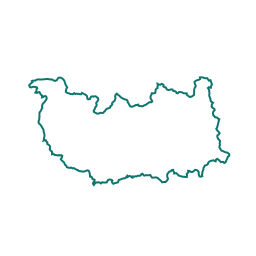 outline of Domingos Martins, Espírito Santo, Brazil, rotated 189°
{"feature_id": "56859067B46738246556776", "entity_name": "Domingos Martins", "entity_type": "district", "adm_level": 2, "iso_a3": "BRA", "parent_name": "Brazil", "parent_adm1": "Espírito Santo", "projection": "albers", "projection_center": [-40.844, -20.318], "detail": "fine", "context": "isolated", "style": "outline", "palette": "teal", "viewbox_px": 256, "rotation_deg": 189, "n_neighbors": 0, "source": "geoboundaries", "source_scale": "gbopen_adm2", "svg_char_len": 5809}
<svg xmlns="http://www.w3.org/2000/svg" viewBox="0 0 256 256"><g transform="rotate(189 128 128)"><path d="M23.7,116.3L23.8,117.9L24.7,118.5L26.0,119.2L27.7,119.3L28.7,119.4L29.6,119.8L30.8,120.0L32.5,120.5L34.7,123.1L34.8,124.4L34.5,125.7L35.1,127.3L35.0,128.4L35.1,129.7L36.2,130.5L37.1,131.3L38.0,132.4L38.5,133.7L38.5,134.8L37.4,135.7L36.7,137.2L37.5,138.0L39.5,139.6L40.7,141.0L40.0,142.3L40.0,143.5L39.6,146.6L39.6,148.0L39.5,149.5L39.2,151.0L40.4,151.3L41.5,152.2L42.9,152.2L43.9,152.4L44.6,153.3L45.6,153.7L46.1,155.0L46.5,156.8L46.1,157.9L45.2,159.1L45.7,160.4L47.4,161.1L48.8,162.1L48.8,163.3L48.8,164.5L48.0,166.3L49.9,167.0L50.9,168.2L51.0,169.4L52.7,172.3L53.0,174.0L53.0,175.5L53.6,176.8L53.6,177.9L54.4,178.9L55.3,180.0L54.5,181.0L53.6,180.8L52.5,180.7L52.5,182.6L51.9,184.1L52.4,185.1L53.1,186.3L54.0,188.1L55.5,187.4L57.5,189.6L58.7,189.3L60.0,189.2L61.2,189.5L62.4,189.6L63.8,189.5L64.9,189.2L64.5,187.6L65.8,186.6L67.5,185.9L68.7,185.0L69.5,183.9L69.0,182.3L67.9,180.7L67.6,179.6L68.2,178.7L68.5,177.6L68.6,176.2L68.5,174.8L68.2,173.2L68.0,171.0L68.9,170.1L70.1,168.9L72.0,168.3L75.1,170.0L75.5,171.4L77.0,171.2L78.4,171.0L80.0,171.6L81.7,171.7L83.4,171.4L84.4,170.0L85.4,170.1L86.4,171.3L87.7,171.7L89.2,171.8L90.0,172.9L91.5,172.9L92.9,172.1L94.4,171.9L95.4,172.0L96.3,173.0L97.0,174.0L98.5,174.0L99.6,174.6L99.5,176.0L100.9,176.7L101.9,176.8L102.6,175.9L104.1,175.7L105.7,176.3L105.3,175.0L105.3,173.7L105.1,172.2L106.1,171.3L106.6,170.0L106.6,166.9L107.8,166.3L110.0,166.0L110.0,164.7L110.5,163.5L110.7,162.1L110.2,160.6L109.0,159.3L108.2,158.0L109.1,157.0L110.2,157.1L111.4,156.3L112.4,155.4L113.5,154.2L114.4,153.5L115.6,152.9L116.9,151.7L118.0,151.7L119.3,151.5L120.9,151.6L121.6,152.7L122.8,152.1L123.9,151.9L125.0,151.0L126.5,150.1L127.9,149.5L129.3,149.8L131.6,152.8L132.4,153.4L132.6,154.7L133.7,155.6L135.2,155.7L137.5,156.2L138.8,156.9L140.1,157.2L140.9,158.0L142.1,158.8L143.2,159.3L144.4,160.2L145.3,159.1L145.7,157.4L145.1,155.8L145.2,154.1L145.6,152.6L146.8,151.3L147.6,150.1L147.3,148.6L147.9,147.6L148.8,146.8L148.8,145.5L149.9,144.6L151.4,144.0L152.3,143.3L153.0,142.1L153.5,141.0L154.2,140.2L155.0,139.0L156.4,138.7L157.7,138.7L159.5,137.5L160.8,137.4L161.9,137.7L164.1,138.5L164.6,139.9L163.8,141.7L163.6,143.2L162.9,144.2L162.5,145.8L163.2,147.1L163.2,148.4L162.4,149.4L161.7,151.3L162.3,152.9L163.5,153.4L164.5,154.1L165.8,154.2L166.8,153.6L168.1,153.7L169.2,153.3L169.9,151.9L170.1,150.6L171.8,150.1L172.8,150.7L173.1,152.1L173.6,153.2L174.7,154.0L176.0,154.5L177.3,154.8L179.0,155.5L179.8,153.9L181.5,153.9L182.7,153.9L184.1,153.9L185.5,153.3L186.6,154.0L187.9,152.7L190.5,152.6L191.8,153.0L193.5,153.1L195.1,154.0L195.2,155.6L194.9,157.4L194.4,158.6L195.3,159.6L196.4,161.0L197.1,162.5L197.8,163.6L198.3,164.7L199.0,165.5L200.6,166.6L202.4,167.2L203.9,167.0L205.0,166.2L205.3,165.2L205.8,164.1L207.3,163.1L208.7,163.3L210.9,164.1L212.1,163.8L213.7,163.8L215.3,163.9L216.7,163.4L218.6,163.0L220.4,162.5L221.7,162.3L222.8,162.1L224.3,162.0L225.9,161.4L226.9,160.3L228.1,160.1L229.1,160.0L230.2,159.4L229.5,158.3L230.7,157.1L232.3,154.7L231.6,153.3L230.4,152.8L229.1,153.4L227.8,154.0L224.4,153.9L223.8,152.9L224.4,152.1L224.3,150.9L224.4,149.7L225.0,148.5L223.3,148.4L222.2,149.4L221.0,149.6L220.1,148.2L219.0,147.2L217.8,146.5L217.8,144.8L216.7,145.2L215.8,146.2L214.8,146.6L213.7,146.3L213.2,145.3L212.9,144.2L213.5,142.6L214.4,140.8L216.1,138.3L216.3,136.9L216.3,135.5L215.7,134.4L216.3,133.4L216.6,131.8L217.1,130.6L217.8,129.6L217.7,128.4L217.6,127.2L217.2,125.7L217.2,124.3L217.0,122.9L217.2,121.2L217.4,120.0L216.7,118.6L215.3,117.8L214.3,116.8L212.9,115.1L211.8,113.9L211.1,112.9L210.9,111.5L210.0,109.9L209.4,108.1L209.2,106.3L209.4,104.8L209.1,103.6L209.4,102.4L208.4,102.9L207.4,103.1L206.8,102.0L205.5,101.3L205.2,99.6L203.2,98.7L202.1,97.7L201.9,96.1L202.0,94.6L201.0,93.6L199.5,92.9L199.2,91.5L198.9,90.2L197.7,90.9L196.4,89.9L195.0,90.0L192.8,89.9L191.9,90.5L190.9,90.2L189.6,90.7L188.6,90.3L188.7,88.8L189.5,86.7L188.6,85.8L187.4,85.0L185.8,84.0L184.5,81.9L183.2,81.2L182.3,79.8L180.9,79.5L179.6,79.4L177.9,80.0L176.4,79.4L175.3,79.9L172.2,78.7L170.9,78.6L169.9,77.9L168.8,77.8L167.6,78.0L166.4,77.8L164.9,78.0L163.6,78.6L162.5,79.3L161.2,79.9L159.9,79.4L158.9,77.7L158.3,75.6L157.9,74.0L156.6,74.2L155.6,73.2L155.0,72.0L153.9,72.0L152.8,71.5L153.0,70.0L153.7,69.1L153.9,67.5L152.8,66.4L152.1,67.9L151.0,69.3L150.0,69.2L148.6,69.9L147.2,69.6L146.0,69.0L145.0,70.4L143.9,70.3L142.0,70.6L140.5,70.9L140.0,72.5L139.5,73.6L138.1,74.3L136.3,74.2L135.2,73.7L135.5,72.3L134.9,71.4L133.7,70.6L132.4,71.5L130.6,72.2L129.3,72.8L129.2,74.1L128.9,75.3L128.0,75.7L127.0,76.2L125.8,77.0L124.5,77.6L123.4,77.8L122.3,78.5L121.9,79.9L121.2,80.7L120.6,79.6L119.4,80.7L117.9,80.9L116.8,79.8L115.7,79.7L115.5,81.0L114.1,80.9L112.8,81.6L111.7,81.6L110.7,82.5L109.1,82.6L108.0,83.2L107.6,84.5L106.5,85.1L105.6,84.1L104.6,83.5L103.4,84.0L101.5,84.4L100.0,84.5L98.7,85.1L97.4,83.6L96.4,82.7L92.5,83.6L91.1,83.4L89.9,82.6L88.3,81.7L86.8,80.7L85.9,79.7L84.6,80.1L83.5,80.4L82.5,80.5L81.8,81.4L80.9,83.0L80.5,84.3L81.4,85.4L81.8,86.8L82.0,88.4L81.3,89.8L80.4,91.4L78.9,92.0L78.1,93.4L76.8,93.7L76.5,92.6L75.6,91.4L75.3,90.3L73.4,91.0L72.3,90.4L71.4,89.7L70.6,89.0L69.2,88.7L67.8,88.6L66.6,88.4L65.1,88.6L63.5,88.6L62.3,88.7L62.2,90.2L62.8,91.8L62.1,92.7L61.5,93.9L61.9,95.1L60.6,95.2L59.1,94.5L57.6,94.6L56.4,95.6L55.3,97.1L54.0,97.2L52.6,96.9L51.2,95.4L51.0,93.7L50.6,92.6L49.8,91.4L48.3,91.3L47.1,92.1L47.6,93.1L47.4,94.7L47.7,96.1L47.4,97.5L47.0,98.9L47.2,100.3L46.7,101.4L46.3,102.8L44.6,103.7L43.5,104.8L43.4,106.0L42.6,107.4L41.3,108.4L38.5,109.5L37.4,109.0L36.3,108.8L36.1,110.5L35.1,111.5L33.4,110.7L30.9,108.8L29.7,109.3L28.4,109.4L27.5,108.5L26.6,109.0L26.1,110.1L25.8,111.5L25.2,113.4L24.9,115.2L23.7,116.3Z" fill="none" stroke="#0f766e" stroke-width="2"/></g></svg>